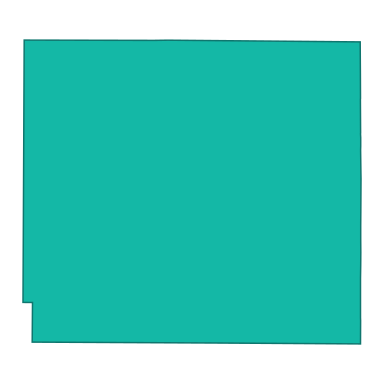 the district of Crawford, Kansas, United States of America
{"feature_id": "52423323B52465709163567", "entity_name": "Crawford", "entity_type": "district", "adm_level": 2, "iso_a3": "USA", "parent_name": "United States of America", "parent_adm1": "Kansas", "projection": "albers", "projection_center": [-94.703, 37.507], "detail": "fine", "context": "isolated", "style": "filled", "palette": "teal", "viewbox_px": 384, "rotation_deg": 0, "n_neighbors": 0, "source": "geoboundaries", "source_scale": "gbopen_adm2", "svg_char_len": 514}
<svg xmlns="http://www.w3.org/2000/svg" viewBox="0 0 384 384"><path d="M23.0,302.4L32.5,302.5L32.2,342.1L214.7,343.0L360.5,343.9L360.6,320.7L360.5,317.7L360.5,291.6L360.5,278.5L360.7,265.3L360.8,252.4L360.7,238.9L360.7,233.9L360.7,229.5L360.7,225.5L360.8,212.8L361.0,178.7L360.9,173.0L360.6,149.8L360.7,146.4L360.7,137.6L360.5,133.6L360.6,133.2L360.4,99.3L360.5,98.4L360.4,74.3L360.3,59.5L360.3,59.4L360.2,41.9L167.7,40.2L154.0,40.4L24.2,40.1L23.0,302.4Z" fill="#14b8a6" stroke="#0f766e" stroke-width="1.5"/></svg>